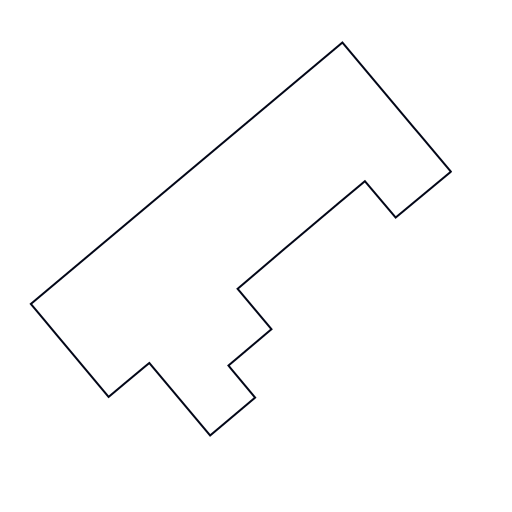 Fray Justo Santa María de Oro, Chaco, Argentina, rotated 140°
{"feature_id": "61730980B15270173915808", "entity_name": "Fray Justo Santa María de Oro", "entity_type": "district", "adm_level": 2, "iso_a3": "ARG", "parent_name": "Argentina", "parent_adm1": "Chaco", "projection": "robinson", "projection_center": [-61.341, -27.818], "detail": "fine", "context": "isolated", "style": "outline", "palette": "ink", "viewbox_px": 512, "rotation_deg": 140, "n_neighbors": 0, "source": "geoboundaries", "source_scale": "gbopen_adm2", "svg_char_len": 749}
<svg xmlns="http://www.w3.org/2000/svg" viewBox="0 0 512 512"><g transform="rotate(140 256 256)"><path d="M52.6,364.0L163.6,364.0L211.5,364.0L325.9,364.0L459.3,364.0L459.3,363.1L459.3,343.9L459.4,324.0L459.4,309.1L459.4,304.5L459.5,242.8L437.6,242.8L412.7,242.7L406.5,242.6L406.5,237.2L406.5,154.2L406.5,148.0L404.0,148.0L347.7,148.1L347.6,185.7L347.5,189.8L316.8,189.9L291.2,190.0L291.2,192.9L291.2,207.7L291.2,242.7L274.3,242.8L229.6,243.2L227.8,243.2L227.6,243.2L222.6,243.2L157.7,243.4L124.5,243.3L124.3,195.7L52.8,195.3L52.5,195.4L52.5,227.6L52.5,239.1L52.5,242.5L52.5,243.0L52.5,243.5L52.6,252.6L52.6,273.1L52.6,277.6L52.6,292.8L52.6,304.7L52.6,317.1L52.6,327.9L52.6,341.0L52.6,364.0Z" fill="none" stroke="#020617" stroke-width="2"/></g></svg>